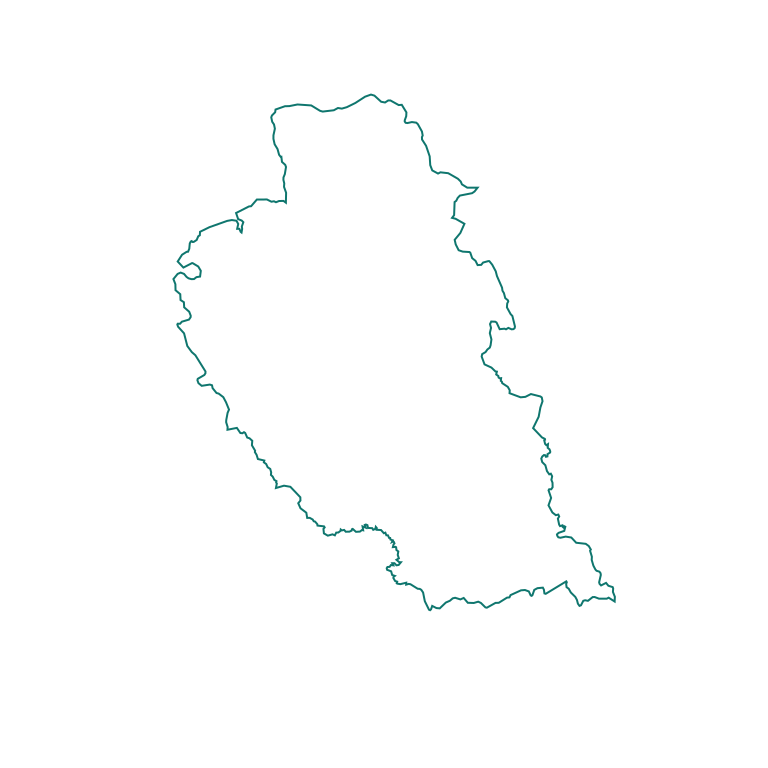 outline of Arivonimamo, Itasy, Madagascar, rotated 155°
{"feature_id": "10022922B99194691228489", "entity_name": "Arivonimamo", "entity_type": "district", "adm_level": 2, "iso_a3": "MDG", "parent_name": "Madagascar", "parent_adm1": "Itasy", "projection": "natural_earth1", "projection_center": [47.286, -19.045], "detail": "fine", "context": "isolated", "style": "outline", "palette": "teal", "viewbox_px": 768, "rotation_deg": 155, "n_neighbors": 0, "source": "geoboundaries", "source_scale": "gbopen_adm2", "svg_char_len": 6160}
<svg xmlns="http://www.w3.org/2000/svg" viewBox="0 0 768 768"><g transform="rotate(155 384 384)"><path d="M331.2,134.1L326.1,132.3L326.0,130.0L327.1,126.4L326.1,125.5L302.2,128.1L302.1,127.1L303.4,125.8L304.4,122.7L303.1,120.4L302.8,116.1L300.6,110.2L300.4,106.7L301.1,103.0L300.6,100.3L299.0,100.2L295.0,103.3L293.1,103.0L290.8,101.3L284.9,102.7L283.1,101.9L279.9,98.6L272.9,95.3L270.7,95.4L266.9,89.4L264.7,93.6L264.4,98.8L262.7,101.9L262.6,103.3L265.9,106.3L266.8,109.9L272.4,109.7L273.1,111.8L272.8,113.4L268.2,119.3L267.7,121.0L268.1,122.9L270.3,124.9L270.8,126.5L271.0,130.9L270.1,136.8L268.6,139.6L267.7,145.8L266.5,146.6L266.9,150.6L268.7,153.9L276.9,158.9L279.1,165.7L283.8,168.9L289.1,170.1L290.8,171.4L291.1,173.3L290.8,174.6L288.7,175.3L282.7,174.7L280.0,178.0L280.8,179.0L282.0,178.1L282.5,179.2L282.1,180.5L284.5,180.8L284.7,182.5L283.3,188.5L281.2,189.9L281.2,192.0L283.7,192.5L285.7,196.4L286.2,204.5L280.7,210.1L279.8,218.1L278.8,218.8L276.9,217.9L274.8,219.2L273.0,223.3L272.8,226.4L270.6,229.3L270.7,232.2L272.4,232.3L273.1,236.2L272.1,242.2L273.6,246.3L273.0,249.9L271.2,251.4L269.1,252.0L268.1,251.4L268.0,249.6L266.5,249.3L265.5,251.3L262.4,251.7L261.8,252.7L261.6,254.8L262.6,257.0L260.8,260.2L262.7,259.9L263.3,261.6L262.6,265.2L261.6,265.4L261.4,266.3L263.4,268.8L267.5,281.0L257.7,288.9L252.2,296.6L247.6,301.4L246.7,305.1L247.5,306.6L255.1,312.8L261.3,312.6L265.8,314.2L274.1,322.6L272.7,325.2L273.0,329.1L276.5,334.8L276.2,336.3L276.8,337.5L275.4,339.8L276.7,340.2L277.4,341.4L277.0,343.0L278.3,345.2L276.5,347.5L277.7,348.3L279.7,353.5L284.6,359.3L283.9,367.6L282.4,369.6L278.5,370.0L275.7,371.6L272.7,372.3L271.0,374.1L267.8,379.0L266.6,385.4L263.3,389.6L262.6,393.5L260.4,395.3L256.8,393.4L256.0,392.1L256.0,384.8L251.4,383.2L250.3,382.0L247.6,382.3L245.2,379.6L243.4,379.0L241.9,379.5L241.0,380.8L238.9,391.4L239.7,393.8L240.2,401.5L238.3,404.9L236.5,406.3L236.3,407.4L237.8,410.6L236.9,415.7L237.2,418.5L236.3,421.4L236.0,434.1L235.1,438.9L235.5,446.4L236.6,450.8L237.5,451.3L242.9,452.2L245.5,450.9L248.9,452.2L249.0,456.9L250.9,460.8L250.3,466.6L250.8,467.5L256.7,470.7L259.8,473.7L260.0,480.2L259.0,484.8L251.0,488.6L243.4,495.2L249.3,503.5L252.1,505.8L249.1,507.4L243.1,519.1L241.1,519.5L238.6,521.5L235.6,522.7L223.5,519.7L220.6,520.2L216.2,522.4L225.6,526.8L229.0,532.0L228.9,535.1L230.3,538.8L236.7,547.9L243.4,552.0L246.1,551.9L250.0,557.2L249.6,562.8L246.4,571.0L245.2,582.1L246.2,589.5L245.3,591.7L243.9,592.9L242.9,596.8L243.5,605.2L244.3,607.2L248.0,609.6L252.5,610.6L254.0,611.6L254.3,613.1L253.7,614.3L250.7,617.3L248.9,620.7L249.9,629.5L252.8,630.6L258.3,638.2L260.3,639.2L264.1,638.7L267.3,641.0L270.8,649.4L273.5,651.8L279.7,652.4L291.2,650.8L300.7,650.6L305.8,651.4L309.1,653.6L313.8,653.3L324.4,656.8L326.5,658.6L332.2,667.2L344.3,673.9L352.5,675.9L356.3,677.6L366.3,678.6L367.8,676.3L372.1,674.7L373.5,673.3L374.5,668.9L374.0,665.7L375.0,661.5L379.1,656.1L380.6,652.9L381.8,647.5L381.2,641.9L382.2,636.1L381.6,633.4L381.0,633.3L382.6,628.4L380.9,624.4L381.1,622.1L385.2,616.1L387.8,613.7L388.9,611.5L389.6,608.0L391.3,604.9L391.9,598.7L396.3,589.8L397.7,592.4L401.8,594.2L405.1,594.4L406.5,596.1L409.0,596.8L412.1,600.7L421.3,604.9L429.3,601.3L431.4,602.0L445.8,601.5L446.5,595.1L443.9,592.3L443.1,590.1L446.3,586.8L447.0,584.5L449.1,581.5L449.6,582.5L449.5,585.8L451.5,586.7L448.5,590.6L448.7,594.3L452.6,596.9L457.2,598.1L475.9,599.9L486.4,599.7L488.1,596.6L489.9,596.4L492.9,593.7L496.4,593.2L497.6,593.7L497.9,594.8L498.9,594.8L500.6,593.5L503.3,588.9L505.7,586.7L507.0,587.2L512.4,586.5L519.2,582.2L516.6,574.3L506.8,574.7L506.2,574.2L502.7,569.0L502.2,564.0L505.3,559.1L508.8,560.1L511.8,559.4L514.2,560.4L516.5,562.4L517.7,564.5L518.7,568.3L521.2,570.9L524.5,571.0L530.5,568.1L530.9,562.6L533.3,557.1L530.7,551.5L532.9,546.1L530.8,542.7L532.7,537.9L530.0,531.8L530.3,527.6L531.0,526.3L533.5,524.8L540.9,525.9L543.3,524.8L545.5,525.8L546.2,525.2L546.4,522.9L543.8,514.4L546.2,501.6L544.7,494.1L542.8,489.8L540.5,470.8L541.3,469.2L543.0,468.1L550.6,467.4L551.5,466.3L551.8,463.2L550.0,459.4L542.1,457.1L540.4,455.5L541.1,452.7L539.6,446.6L537.9,445.2L535.2,440.0L534.9,434.2L535.3,426.3L537.9,424.0L542.2,418.0L543.2,416.1L543.9,411.1L545.2,408.7L535.9,406.4L534.9,400.3L533.1,399.2L531.3,399.5L530.5,398.3L530.6,393.3L528.8,391.6L527.4,388.2L529.6,384.3L529.0,378.0L529.8,376.9L529.4,373.7L530.0,369.3L524.8,365.2L526.0,363.8L524.6,361.3L524.6,357.7L523.0,355.1L523.6,351.6L524.9,349.4L524.0,347.1L523.9,343.4L522.5,341.4L523.4,340.3L523.2,339.1L525.9,335.4L517.6,334.1L512.3,330.4L507.7,316.7L509.0,313.7L512.1,312.2L512.2,306.6L508.8,300.2L510.2,295.1L507.9,294.1L505.9,291.3L505.7,289.3L504.6,288.4L503.7,285.2L504.1,283.8L498.5,280.3L498.4,279.1L500.1,278.3L501.6,274.0L499.0,270.3L494.2,269.5L492.5,267.6L490.1,269.5L488.1,268.7L485.4,269.3L484.7,270.4L484.0,269.1L481.8,268.6L481.1,266.3L477.8,264.8L475.3,264.8L474.5,265.9L473.6,265.9L471.9,261.9L468.2,260.4L465.7,261.0L464.7,260.2L463.6,264.0L461.3,261.5L461.0,264.4L459.8,264.3L458.7,263.1L459.3,260.3L455.6,258.3L455.4,256.4L453.0,256.4L451.8,258.0L451.4,256.5L452.3,255.0L448.4,252.9L447.2,248.8L445.6,248.7L445.8,245.9L444.4,245.2L444.4,242.3L443.5,241.8L443.9,240.3L442.1,238.6L443.5,237.4L442.0,237.4L441.8,236.7L441.9,235.1L443.1,234.6L444.9,232.4L442.3,231.5L442.0,230.9L442.9,228.3L441.8,226.2L443.8,223.3L444.2,219.7L447.0,219.4L445.5,216.1L444.0,215.3L447.2,213.8L449.3,214.4L450.3,217.2L452.3,218.1L452.2,215.7L454.3,217.0L456.2,215.9L458.2,216.7L459.4,215.9L459.7,214.3L456.7,211.2L457.3,207.5L455.3,205.5L456.8,205.2L457.5,204.3L457.2,200.8L455.6,199.3L456.7,198.1L456.4,197.5L453.8,195.7L447.8,194.5L448.7,192.8L446.1,192.4L444.6,191.3L440.0,184.2L438.2,183.2L437.2,181.7L436.7,178.5L438.8,169.9L438.6,160.4L437.8,159.5L436.6,159.9L434.1,162.5L431.2,158.8L428.3,157.1L420.3,159.8L415.9,159.7L412.3,160.7L409.9,160.2L405.8,156.5L402.2,156.4L400.5,150.3L395.2,147.6L390.6,146.9L388.7,144.6L386.5,138.7L385.3,137.8L375.4,138.5L372.5,137.2L362.8,138.4L360.5,137.6L358.5,139.2L347.0,139.1L343.3,137.7L340.4,134.8L340.4,130.4L339.7,129.6L338.7,129.9L334.8,133.9L331.2,134.1Z" fill="none" stroke="#0f766e" stroke-width="2"/></g></svg>